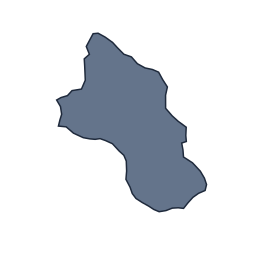 the district of Confins, Minas Gerais, Brazil, rotated 146°
{"feature_id": "56859067B49232748472956", "entity_name": "Confins", "entity_type": "district", "adm_level": 2, "iso_a3": "BRA", "parent_name": "Brazil", "parent_adm1": "Minas Gerais", "projection": "equal_earth", "projection_center": [-43.973, -19.643], "detail": "fine", "context": "isolated", "style": "filled", "palette": "slate", "viewbox_px": 256, "rotation_deg": 146, "n_neighbors": 0, "source": "geoboundaries", "source_scale": "gbopen_adm2", "svg_char_len": 981}
<svg xmlns="http://www.w3.org/2000/svg" viewBox="0 0 256 256"><g transform="rotate(146 128 128)"><path d="M171.5,191.1L172.0,183.5L175.3,176.5L180.1,172.6L184.6,168.5L178.6,163.5L176.1,154.2L170.5,145.0L165.7,140.3L161.6,137.0L157.1,134.8L153.7,130.2L149.7,123.7L148.2,113.8L146.7,107.7L147.9,101.6L153.2,93.1L158.4,86.6L159.4,77.7L161.1,71.3L160.8,65.1L157.9,58.3L154.5,51.6L152.2,46.1L149.0,41.2L142.7,38.3L136.1,36.8L131.0,33.8L126.9,30.3L119.9,32.5L113.0,34.2L106.1,34.4L99.0,33.1L94.5,37.2L92.7,43.7L92.2,51.8L94.0,63.1L98.2,72.9L94.7,79.1L91.9,85.5L87.2,84.2L84.3,89.4L79.3,96.1L82.6,105.3L84.6,113.4L85.8,123.3L78.5,134.2L72.4,140.0L72.2,148.8L71.4,157.2L75.0,162.8L80.3,168.3L84.3,176.1L85.4,185.0L90.2,191.5L91.9,200.6L92.9,207.4L96.1,216.1L99.8,223.3L104.2,225.7L111.2,222.0L117.0,218.9L118.8,210.7L125.6,209.8L129.2,203.7L132.8,197.8L136.7,191.5L144.8,186.3L153.5,190.3L160.1,188.7L166.5,190.7L171.5,191.1Z" fill="#64748b" stroke="#1e293b" stroke-width="1.5"/></g></svg>